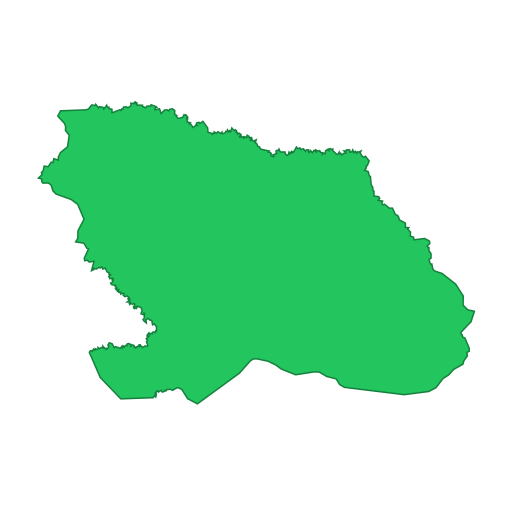 Bamnet Narong, Chaiyaphum, Thailand (Albers equal-area conic projection), rotated 2°
{"feature_id": "78962969B89125519314325", "entity_name": "Bamnet Narong", "entity_type": "district", "adm_level": 2, "iso_a3": "THA", "parent_name": "Thailand", "parent_adm1": "Chaiyaphum", "projection": "albers", "projection_center": [101.624, 15.47], "detail": "fine", "context": "isolated", "style": "filled", "palette": "green", "viewbox_px": 512, "rotation_deg": 2, "n_neighbors": 0, "source": "geoboundaries", "source_scale": "gbopen_adm2", "svg_char_len": 6106}
<svg xmlns="http://www.w3.org/2000/svg" viewBox="0 0 512 512"><g transform="rotate(2 256 256)"><path d="M365.8,157.1L361.9,152.5L360.3,153.5L358.8,152.8L356.5,149.4L357.2,147.4L355.1,148.6L353.6,148.3L352.9,149.9L351.6,147.9L350.1,149.3L349.0,146.6L348.1,148.6L346.0,148.9L345.9,146.7L342.6,146.8L342.2,148.0L340.3,147.9L342.3,150.0L340.0,150.4L338.0,152.1L337.0,150.2L335.7,150.8L335.4,149.4L334.4,151.5L333.1,151.6L329.0,148.0L329.0,146.4L327.9,147.0L326.7,146.1L324.6,146.6L325.1,148.0L323.6,147.2L322.0,148.2L321.4,151.4L319.9,150.8L318.8,151.8L319.0,150.4L317.0,150.3L316.0,148.5L315.1,149.1L311.9,147.9L312.4,149.8L310.3,148.5L308.7,150.8L306.8,148.7L305.6,150.7L304.7,149.9L304.8,148.0L302.4,148.3L301.7,149.6L299.6,147.2L297.0,147.9L296.2,146.5L293.9,147.2L292.6,145.7L289.8,151.0L288.3,151.7L288.7,150.5L287.9,150.1L286.5,152.5L285.4,151.0L284.8,153.6L283.2,154.4L280.9,151.5L282.0,151.0L276.6,151.2L275.2,148.3L274.5,149.7L272.6,149.9L272.3,151.4L273.2,152.9L269.4,154.3L270.4,156.0L269.4,156.2L267.5,155.3L267.6,153.0L266.7,152.1L264.6,151.7L265.5,150.6L257.1,149.1L255.4,146.7L254.1,146.5L252.7,143.5L251.3,142.9L252.1,139.9L249.5,141.4L248.2,140.0L246.5,140.8L246.3,138.8L247.6,138.8L247.5,137.8L245.0,137.9L244.9,136.7L242.9,135.6L242.5,138.1L240.1,137.0L239.1,137.6L240.0,137.9L239.5,138.7L237.8,137.2L235.9,138.0L235.4,137.0L236.9,135.7L236.6,135.0L234.8,133.8L233.3,134.8L233.3,133.6L231.7,132.9L232.4,131.8L230.9,130.5L229.7,131.5L227.4,128.9L226.3,132.8L225.1,131.6L224.3,132.8L223.1,131.1L222.9,132.7L221.4,132.5L221.0,133.9L218.8,134.8L217.7,134.6L217.6,133.5L216.7,134.8L213.6,133.1L212.0,134.8L210.0,133.4L210.0,134.9L209.0,134.7L208.1,135.9L207.6,135.0L203.7,134.0L203.2,129.6L198.2,123.3L195.3,125.5L194.4,124.4L192.1,125.0L191.6,126.5L192.7,127.7L191.2,127.6L188.7,129.8L186.2,126.5L184.7,126.3L185.7,125.0L182.7,124.6L182.3,121.5L181.3,120.4L182.9,121.1L182.9,119.6L180.9,117.3L180.1,118.1L179.2,117.3L177.8,120.1L173.3,121.2L171.5,119.2L172.0,118.3L169.8,117.3L169.7,113.4L167.3,111.8L164.5,112.5L163.6,114.0L162.2,113.1L159.6,113.2L156.2,117.0L154.4,112.2L150.0,113.4L150.2,111.0L151.6,110.9L151.0,110.2L145.9,108.5L145.7,109.7L141.8,110.0L140.6,111.7L137.0,110.3L137.3,109.3L131.6,109.3L131.8,107.4L130.0,106.2L129.1,106.7L129.7,107.9L125.6,107.7L125.9,110.1L122.8,112.4L121.4,111.4L118.3,111.8L117.9,113.8L116.6,113.7L115.9,115.3L114.9,114.6L107.1,117.9L106.9,114.3L103.9,113.9L103.9,112.4L101.7,112.1L101.5,110.6L98.7,114.5L97.9,112.7L94.4,112.2L93.7,113.6L90.6,110.1L90.4,111.1L86.5,110.8L83.4,115.0L80.8,115.9L55.6,117.7L53.0,123.1L59.9,130.1L61.2,133.0L61.2,137.3L65.1,141.8L63.8,153.5L57.0,159.4L55.1,163.7L55.0,167.0L50.5,165.8L49.9,169.6L48.0,169.4L45.2,174.0L41.2,173.5L40.3,178.3L38.6,180.1L39.4,182.0L35.8,185.8L39.1,186.5L39.3,189.2L40.5,190.6L45.6,190.3L47.6,191.3L49.0,192.8L50.8,198.0L53.9,201.0L69.1,205.9L76.0,210.6L82.8,225.2L77.2,237.0L77.3,244.6L75.3,248.2L83.6,249.2L86.6,254.1L88.4,254.8L84.4,264.3L85.0,266.7L87.6,266.1L89.5,267.9L94.3,266.9L92.1,276.4L94.4,275.2L94.0,274.0L97.0,274.6L99.3,272.8L100.6,273.4L102.4,272.3L103.3,274.4L105.7,273.4L107.8,277.2L109.8,277.9L109.6,279.3L111.3,280.0L109.6,281.4L110.7,283.8L113.0,283.0L114.2,283.9L113.0,284.9L114.0,285.5L113.8,286.7L111.7,288.2L112.6,289.6L116.7,290.3L116.3,291.4L118.0,292.7L116.7,293.6L117.6,294.6L119.5,294.4L118.5,295.7L119.9,296.8L119.9,295.6L120.9,297.2L122.1,296.9L122.3,298.8L123.6,297.9L125.4,298.2L124.6,299.7L126.3,301.2L128.8,300.4L130.1,301.6L129.6,303.1L131.0,302.7L131.5,304.0L130.3,304.0L130.3,305.4L129.0,306.4L131.6,306.3L131.0,307.9L131.6,308.9L132.4,307.4L134.1,308.6L136.1,307.8L136.6,309.2L135.4,311.0L136.4,311.4L135.6,312.1L136.2,312.9L137.3,312.1L138.2,312.7L138.8,311.7L138.2,310.9L139.2,310.3L142.9,311.6L144.1,314.2L143.1,317.8L145.7,318.6L146.0,317.1L146.6,317.2L146.4,322.4L145.3,323.4L146.2,324.8L148.7,326.7L148.2,323.4L150.7,322.2L151.9,323.7L154.1,324.0L155.0,328.4L156.7,327.3L159.1,330.4L159.1,334.3L158.3,334.3L157.9,336.0L155.9,335.4L154.9,337.3L153.9,336.8L152.5,338.1L151.7,336.5L150.0,338.7L150.0,340.1L152.5,339.4L149.2,342.5L150.5,343.8L149.5,345.7L150.9,348.7L150.5,350.1L148.4,349.7L145.8,351.5L144.6,350.0L143.6,350.1L143.4,348.8L142.3,348.9L141.6,349.6L142.4,350.5L139.1,351.1L139.0,352.1L137.3,351.3L137.3,349.7L135.6,349.2L134.0,350.5L134.2,348.8L131.5,347.9L130.2,348.5L130.2,350.1L128.8,349.9L127.5,351.6L126.8,350.7L125.7,352.4L125.3,350.7L123.5,353.0L119.0,351.5L117.6,352.6L115.3,348.7L112.4,347.8L111.1,350.4L112.1,351.5L110.7,353.9L109.8,353.5L109.2,354.5L106.2,351.5L106.5,353.3L104.6,352.8L103.0,354.1L101.3,352.9L101.3,354.2L100.3,354.9L98.7,354.3L98.9,355.3L97.8,355.6L96.9,354.7L95.7,357.1L95.0,356.3L93.5,356.7L92.8,358.1L104.6,382.9L125.9,403.5L158.1,401.2L159.5,399.2L160.7,400.4L161.2,398.3L160.3,397.6L161.1,396.9L160.2,396.2L162.2,394.1L163.2,395.4L166.0,393.6L167.2,395.3L170.0,394.1L169.9,393.4L171.1,393.7L171.7,392.6L175.1,392.2L177.4,393.2L181.1,390.7L183.3,390.4L186.7,392.2L192.7,401.1L202.6,405.8L243.5,373.7L254.1,360.9L257.2,358.9L260.8,358.8L271.6,360.7L279.3,364.1L285.4,368.2L299.8,373.3L318.0,369.8L323.3,369.8L331.0,374.0L340.4,376.0L344.0,381.5L349.0,384.2L408.9,389.4L433.4,385.4L440.5,381.3L447.3,371.8L452.6,368.2L457.6,362.4L466.6,356.9L467.4,353.5L470.7,348.5L470.1,345.0L472.4,343.8L472.3,340.7L467.6,330.6L465.6,330.0L464.8,327.5L463.8,327.2L463.6,325.0L473.2,314.2L476.2,303.6L469.5,302.4L464.7,297.9L464.5,288.7L456.5,277.1L442.5,266.9L435.5,264.9L433.3,263.3L432.0,257.9L431.1,258.3L429.8,256.1L429.2,253.2L431.0,252.1L430.9,248.2L430.2,246.3L428.8,245.5L428.5,241.4L427.6,241.6L426.7,240.1L429.3,237.5L428.8,235.0L423.9,232.6L413.2,234.3L412.8,231.6L409.5,230.8L409.6,226.7L406.6,223.8L407.7,222.3L404.3,222.3L404.2,218.0L397.8,214.7L397.4,212.5L396.0,210.4L394.0,209.9L390.7,203.4L387.4,203.5L382.8,199.8L380.8,200.4L379.9,198.9L380.6,196.7L376.3,196.1L377.6,194.1L376.5,192.4L371.8,191.9L371.7,187.2L370.3,185.9L370.5,183.7L368.6,180.6L367.6,172.6L366.3,171.8L365.3,167.8L361.5,166.5L363.1,164.3L362.9,162.4L364.1,161.8L365.8,157.1Z" fill="#22c55e" stroke="#15803d" stroke-width="1.5"/></g></svg>